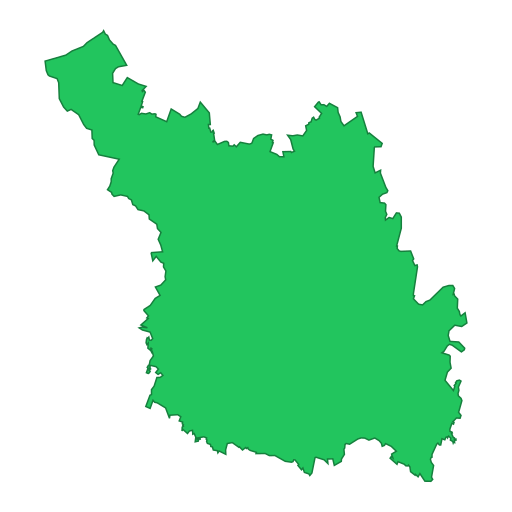 outline of Sincelejo, Sucre, Colombia
{"feature_id": "7082276B68142499203248", "entity_name": "Sincelejo", "entity_type": "district", "adm_level": 2, "iso_a3": "COL", "parent_name": "Colombia", "parent_adm1": "Sucre", "projection": "natural_earth1", "projection_center": [-75.431, 9.328], "detail": "fine", "context": "isolated", "style": "filled", "palette": "green", "viewbox_px": 512, "rotation_deg": 0, "n_neighbors": 0, "source": "geoboundaries", "source_scale": "gbopen_adm2", "svg_char_len": 6079}
<svg xmlns="http://www.w3.org/2000/svg" viewBox="0 0 512 512"><path d="M225.8,454.3L225.6,449.9L227.3,443.5L232.3,442.6L238.9,447.3L239.4,446.8L242.5,450.0L245.7,447.5L246.4,448.5L247.8,447.6L248.3,449.1L250.2,450.4L256.4,452.3L256.0,453.6L265.2,453.5L269.4,455.6L274.9,455.5L285.2,461.3L291.5,462.2L293.0,461.6L293.7,459.8L294.9,459.8L298.7,464.4L297.9,465.4L301.5,469.8L302.9,468.0L304.4,472.4L308.9,473.9L309.8,475.5L311.9,473.0L315.0,457.7L316.0,457.2L324.1,459.8L327.9,463.5L327.5,459.0L332.8,458.9L334.3,465.4L341.3,461.4L341.5,459.0L344.4,454.4L343.9,449.3L344.7,448.0L345.0,444.5L346.1,443.5L349.6,444.2L357.8,439.0L361.1,437.9L364.8,438.1L368.9,440.1L374.8,438.0L379.2,440.7L381.4,443.3L382.2,446.3L384.4,445.4L385.6,443.6L391.2,446.3L396.3,451.2L391.6,454.1L392.8,457.8L391.3,456.5L390.1,458.2L397.0,464.3L398.0,461.7L404.2,464.2L405.8,465.8L407.9,465.9L408.5,465.1L409.9,466.9L410.6,471.7L415.1,475.2L415.5,474.4L418.1,476.8L419.9,473.6L424.9,481.2L430.9,481.3L432.7,479.4L431.5,477.2L433.6,465.5L431.3,462.4L430.4,459.3L431.2,457.3L432.0,457.2L432.0,454.4L436.7,444.2L437.9,443.1L439.4,445.0L440.7,445.0L442.0,438.7L444.8,439.8L445.9,437.3L447.4,436.8L447.6,437.7L448.6,436.1L450.8,438.1L450.4,440.1L452.8,441.5L453.2,443.0L453.6,442.1L454.6,442.6L454.5,440.2L456.0,440.1L455.9,439.0L454.3,439.1L454.4,437.9L453.1,437.1L451.5,433.3L452.3,433.0L452.0,432.1L450.0,431.4L449.8,429.3L451.9,423.3L453.5,424.1L454.0,422.4L452.9,421.7L456.4,418.0L460.1,418.2L461.0,415.4L458.6,412.3L461.9,400.6L461.0,398.3L458.4,395.9L458.0,393.6L458.9,390.4L458.4,387.0L461.0,381.1L459.4,380.1L456.8,380.8L455.5,382.8L456.0,383.5L454.2,385.5L454.8,386.4L453.4,390.5L445.0,380.3L447.4,372.1L451.1,368.2L450.0,362.2L450.2,356.2L449.2,355.1L441.9,352.8L443.9,351.4L447.3,345.9L449.4,344.3L452.2,345.2L461.4,351.9L464.3,349.8L464.7,348.2L458.8,342.0L450.0,341.4L448.2,335.5L449.0,330.8L454.8,325.2L461.7,326.5L466.9,323.0L465.1,312.8L460.9,316.0L459.9,314.5L459.3,311.4L457.3,308.2L457.7,299.1L454.6,295.9L454.1,294.1L453.2,294.4L454.6,288.5L452.8,285.5L448.9,285.5L443.1,287.2L429.9,300.1L426.0,301.6L422.6,304.9L418.6,304.2L413.4,298.8L414.5,295.8L413.4,295.6L413.4,293.7L417.5,266.8L417.1,264.9L414.9,265.6L412.5,260.6L413.7,258.9L410.6,251.0L400.8,251.4L399.1,250.9L397.1,248.5L397.4,246.0L396.6,246.0L401.3,228.2L401.3,217.1L399.3,213.2L396.4,212.9L392.8,218.6L389.1,217.5L385.5,220.1L385.3,217.5L386.8,214.4L385.5,211.3L385.9,204.7L384.5,203.1L380.1,202.6L379.0,197.3L382.5,194.2L386.9,192.6L387.8,190.7L385.8,187.3L380.4,173.1L380.6,170.2L375.1,172.9L373.1,166.4L374.3,147.7L374.8,146.9L381.0,146.7L382.2,143.4L369.3,133.0L367.8,133.8L361.1,112.2L356.1,112.7L357.5,116.4L344.0,125.8L340.9,121.5L340.1,116.9L338.1,112.4L337.6,107.7L329.4,103.3L326.7,106.4L323.9,104.7L321.1,104.8L319.1,101.8L318.3,102.2L314.6,106.7L321.6,113.4L319.2,117.1L319.5,118.1L316.2,120.1L314.9,119.6L313.6,117.2L312.2,118.2L311.1,121.8L308.9,122.7L308.7,124.3L305.7,125.8L306.6,130.5L302.8,135.9L297.3,135.0L292.7,135.8L287.6,135.2L290.7,139.6L293.1,149.0L294.5,151.2L291.5,152.5L290.8,151.5L282.9,151.7L283.9,156.8L279.4,156.7L276.8,154.4L270.0,151.6L273.2,142.8L272.4,142.6L273.0,140.4L270.8,139.1L271.6,134.9L269.3,134.3L266.8,134.9L263.0,134.1L257.9,135.5L253.6,138.5L252.0,142.9L251.0,143.6L249.3,144.1L240.3,142.3L236.3,146.8L234.2,144.8L232.9,146.2L228.9,145.8L228.4,142.5L226.8,141.3L224.5,141.4L217.4,144.5L215.0,141.2L212.5,142.1L214.6,140.2L213.6,133.5L214.2,133.2L213.2,130.3L212.6,130.8L213.3,131.8L210.8,132.1L209.7,128.1L208.8,128.2L208.4,124.5L210.3,124.5L209.3,112.9L200.3,102.1L197.9,108.5L191.2,113.9L184.9,117.3L181.5,116.3L179.7,114.2L171.2,109.0L166.7,121.7L155.7,116.8L156.0,114.3L155.0,113.8L151.8,114.1L149.7,112.7L145.8,114.0L141.5,113.3L139.2,114.7L138.2,114.3L140.7,107.4L142.7,107.7L143.0,106.7L141.2,106.0L142.6,101.6L141.9,101.3L145.3,92.2L143.8,90.2L142.4,91.5L142.1,90.6L146.1,86.4L138.4,84.0L127.3,77.6L122.2,85.5L113.0,82.6L112.6,73.3L115.5,68.6L118.4,66.8L126.7,65.3L115.5,45.4L113.2,44.2L109.5,40.0L107.5,35.4L105.3,34.1L103.6,30.7L102.7,32.3L87.1,42.6L83.4,46.4L72.0,51.0L65.9,55.1L45.1,61.1L46.3,70.7L48.0,74.8L49.4,76.0L57.1,78.6L58.7,82.7L59.3,98.7L63.6,107.0L67.3,111.1L71.1,109.4L78.7,114.7L83.7,124.5L86.6,128.3L91.9,130.0L92.2,138.5L94.1,140.3L94.2,145.0L98.8,154.8L119.2,159.2L114.0,167.1L112.7,170.7L113.2,173.1L111.2,178.7L111.2,181.8L109.8,186.1L107.5,189.7L111.6,192.4L112.0,194.2L114.1,196.4L120.7,194.9L127.5,196.4L128.7,198.5L131.4,199.9L132.8,204.6L135.6,205.9L138.0,209.6L143.9,210.9L149.0,214.8L149.3,219.0L156.8,224.2L157.5,228.6L161.0,232.4L158.2,239.3L160.8,245.1L162.6,251.8L151.6,252.6L151.2,253.3L152.8,260.8L156.2,256.4L160.9,262.1L163.7,263.3L163.5,266.9L165.9,271.0L165.1,276.7L165.7,279.8L160.8,285.1L155.4,287.0L160.1,295.4L155.2,298.4L150.3,305.4L144.0,309.5L143.9,310.6L148.5,315.9L146.8,317.9L148.2,318.5L140.9,325.0L147.4,327.8L142.1,327.1L139.2,327.9L142.4,330.0L150.1,332.1L152.7,338.6L151.2,340.3L149.4,340.1L148.8,337.1L147.8,338.3L147.2,337.8L146.5,339.5L146.1,342.8L146.9,344.6L148.2,343.1L147.9,348.2L150.2,350.1L151.0,348.1L151.9,348.9L150.7,350.4L151.6,352.1L152.0,350.5L153.4,356.0L150.1,360.6L149.1,365.6L148.4,365.4L147.2,367.4L148.0,368.2L146.4,372.7L148.2,373.5L149.4,372.7L150.2,371.2L149.0,370.4L149.4,369.2L151.1,369.1L149.4,368.3L150.2,367.1L149.6,365.4L150.7,365.4L156.1,366.7L158.4,369.1L155.7,372.5L158.1,374.4L160.7,372.7L162.9,375.4L160.2,377.4L156.9,377.5L154.1,386.2L151.5,389.6L151.5,394.6L150.0,395.2L145.8,406.5L150.1,408.4L153.0,400.3L154.7,402.3L157.2,402.8L165.6,407.9L169.5,418.3L169.9,415.2L177.7,414.7L180.8,416.7L179.2,420.9L182.6,422.1L182.3,423.8L183.4,424.8L182.8,425.5L183.4,426.2L182.2,427.1L182.0,431.0L182.8,429.3L187.5,433.5L189.4,431.0L192.5,430.3L192.8,434.2L194.2,433.5L195.8,437.2L195.2,441.8L198.3,441.1L198.7,439.2L200.2,439.1L200.0,438.2L197.1,439.2L196.5,438.1L203.9,436.8L206.6,437.9L206.2,439.2L207.0,440.0L206.6,441.5L207.4,443.4L210.5,444.4L210.8,446.5L212.4,446.9L213.3,450.0L217.4,450.7L217.9,452.8L219.1,451.0L225.8,454.3Z" fill="#22c55e" stroke="#15803d" stroke-width="1.5"/></svg>